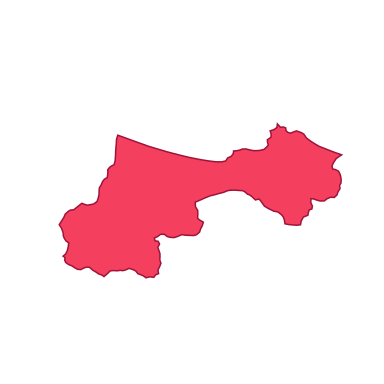 Peruíbe, São Paulo, Brazil, rotated 235°
{"feature_id": "56859067B40169634932968", "entity_name": "Peruíbe", "entity_type": "district", "adm_level": 2, "iso_a3": "BRA", "parent_name": "Brazil", "parent_adm1": "São Paulo", "projection": "albers", "projection_center": [-47.022, -24.285], "detail": "fine", "context": "isolated", "style": "filled", "palette": "rose", "viewbox_px": 384, "rotation_deg": 235, "n_neighbors": 0, "source": "geoboundaries", "source_scale": "gbopen_adm2", "svg_char_len": 3098}
<svg xmlns="http://www.w3.org/2000/svg" viewBox="0 0 384 384"><g transform="rotate(235 192 192)"><path d="M136.6,335.9L142.9,331.4L147.3,328.4L152.5,325.0L156.5,322.3L160.7,320.4L163.7,319.1L167.2,317.8L170.7,316.7L175.2,316.8L177.8,315.7L180.0,314.1L182.1,312.7L182.9,309.9L183.6,306.6L185.9,304.7L188.4,304.2L190.7,305.5L192.9,304.1L194.3,301.6L198.8,301.0L196.1,298.5L196.1,294.9L197.3,291.1L193.8,290.0L191.5,287.9L191.6,283.7L189.3,282.3L186.8,281.5L186.0,279.0L185.6,275.4L187.3,271.2L189.1,268.2L190.7,266.0L193.1,263.7L196.3,260.9L198.3,257.9L198.9,255.3L200.2,252.2L201.8,249.6L199.7,247.7L198.7,244.4L199.5,240.9L198.1,237.4L199.8,233.4L202.9,229.1L204.9,226.8L207.6,223.8L210.2,221.1L212.3,218.9L214.5,216.7L217.4,213.9L221.8,209.7L225.6,206.3L229.5,202.9L232.6,200.3L234.4,198.7L237.4,196.2L239.5,194.4L242.7,191.9L247.4,188.1L250.5,185.7L255.2,182.0L257.3,180.6L263.6,176.1L272.0,170.2L274.3,168.6L281.1,163.8L278.4,160.3L275.0,157.7L272.8,155.8L269.4,153.0L265.8,150.3L261.4,146.7L259.1,143.8L259.6,139.6L258.6,135.8L255.5,133.7L252.4,130.8L252.7,127.5L251.8,124.6L250.0,121.8L248.5,118.4L245.7,116.2L243.2,114.3L240.7,111.6L238.7,108.8L238.6,104.5L239.9,101.6L241.2,98.7L243.7,96.8L245.9,95.3L245.8,92.7L245.5,88.5L245.3,84.8L246.9,82.2L247.1,79.5L246.6,75.5L244.8,72.6L243.5,69.6L241.4,64.5L238.0,64.4L235.6,63.9L232.4,63.0L229.8,61.4L227.1,60.8L224.3,60.7L221.1,61.8L218.2,59.3L215.5,56.2L213.7,52.9L213.4,49.6L211.0,50.4L209.4,48.7L206.8,48.1L203.6,49.2L200.1,51.4L197.6,52.3L194.3,53.9L192.2,56.4L191.7,60.2L190.7,62.9L189.1,64.8L184.8,65.9L181.5,67.4L178.3,68.6L175.7,70.5L173.2,71.4L173.6,75.6L174.3,79.7L172.9,82.3L170.4,85.5L168.8,88.5L167.1,90.4L166.1,93.4L165.6,96.5L163.7,98.1L161.6,99.5L159.5,100.6L156.1,100.8L153.4,102.7L151.1,104.1L148.1,105.1L146.8,108.7L144.0,111.7L145.0,114.8L144.3,117.8L147.5,119.3L149.7,123.1L151.5,125.7L154.7,126.6L157.4,128.7L159.9,130.4L162.9,131.3L166.3,132.3L168.0,135.6L171.0,136.0L173.3,133.7L175.9,134.8L175.2,138.3L175.4,141.9L173.3,145.0L169.8,146.1L167.3,148.2L164.9,151.2L163.8,154.8L162.9,159.2L160.3,161.9L157.4,165.7L155.3,168.5L154.4,171.2L154.8,175.2L157.0,178.1L158.4,181.0L160.8,184.0L162.9,183.0L165.1,182.0L167.4,181.6L169.9,183.6L173.6,186.1L177.9,186.4L181.8,188.8L180.5,195.0L179.9,198.4L179.2,201.5L178.4,204.9L177.4,207.3L176.5,209.7L175.5,212.7L173.6,217.6L172.7,221.7L171.4,224.5L168.6,228.6L166.1,231.6L163.9,234.4L161.3,235.6L158.6,236.1L156.6,237.5L153.6,238.5L149.1,239.4L147.8,242.9L145.2,243.2L142.5,243.2L138.9,243.2L134.8,245.0L132.0,246.6L129.5,247.9L126.4,250.9L122.3,252.2L119.4,252.5L116.3,251.7L112.6,249.9L109.7,252.7L107.1,255.8L104.6,258.9L102.9,262.1L105.5,264.7L107.6,268.8L106.5,273.6L108.5,275.6L110.1,277.9L109.3,280.4L111.3,282.5L115.3,283.3L118.3,285.6L116.6,287.6L114.3,289.2L111.1,291.8L108.8,295.3L109.0,298.5L108.3,302.4L105.9,305.4L106.4,309.0L108.4,311.7L109.9,315.2L112.8,316.7L113.9,319.2L116.8,321.4L119.4,322.7L121.8,323.5L125.0,324.0L128.2,322.3L130.2,320.4L133.1,321.7L134.8,324.7L136.6,329.1L136.7,332.0L136.6,335.9Z" fill="#f43f5e" stroke="#9f1239" stroke-width="1.5"/></g></svg>